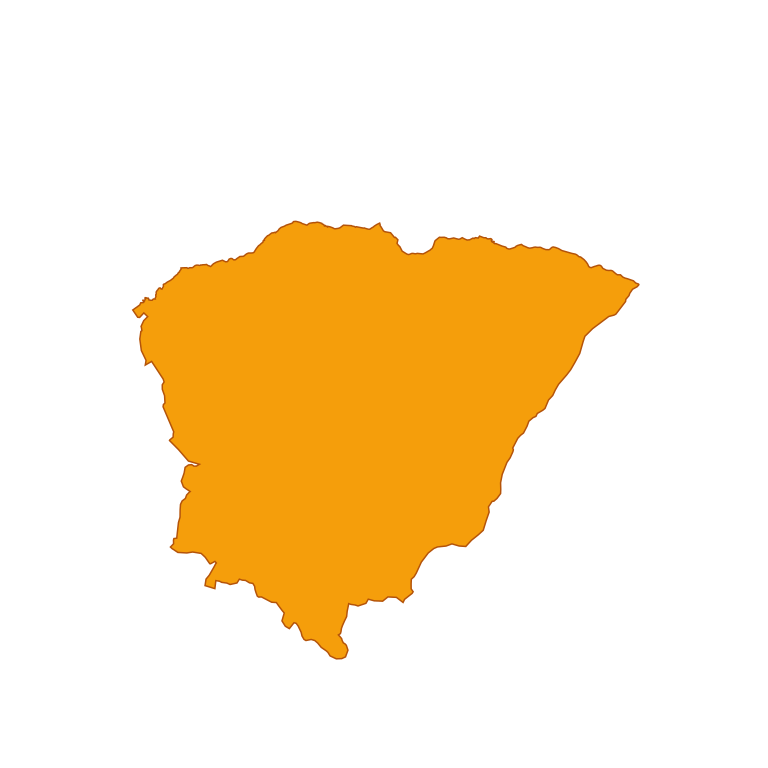 Barbuletu, Dâmbovita, Romania (Mercator projection), rotated 57°
{"feature_id": "2599482B33766415063950", "entity_name": "Barbuletu", "entity_type": "district", "adm_level": 2, "iso_a3": "ROU", "parent_name": "Romania", "parent_adm1": "Dâmbovita", "projection": "mercator", "projection_center": [25.286, 45.144], "detail": "fine", "context": "isolated", "style": "filled", "palette": "amber", "viewbox_px": 768, "rotation_deg": 57, "n_neighbors": 0, "source": "geoboundaries", "source_scale": "gbopen_adm2", "svg_char_len": 6170}
<svg xmlns="http://www.w3.org/2000/svg" viewBox="0 0 768 768"><g transform="rotate(57 384 384)"><path d="M588.5,573.7L591.3,569.0L591.9,564.9L587.6,559.2L582.6,557.9L580.8,558.2L578.9,559.1L576.4,558.8L574.4,558.2L571.8,558.5L569.6,558.9L569.6,556.5L568.3,555.0L565.8,552.8L563.9,550.3L561.1,546.0L558.7,542.0L554.6,538.7L549.0,533.2L550.9,531.7L553.6,528.6L556.0,526.7L558.1,518.6L555.9,514.4L560.5,510.3L565.4,503.4L564.7,496.7L569.7,489.8L577.6,487.0L575.8,484.0L574.9,474.4L574.1,472.7L570.6,472.8L566.2,470.0L562.6,467.4L562.0,463.7L560.2,460.0L553.7,449.7L549.8,438.9L549.1,431.8L549.8,427.8L553.7,420.2L555.1,414.1L560.8,409.2L564.8,403.9L562.7,395.8L561.8,386.9L560.7,380.4L554.3,372.8L548.7,365.6L543.9,363.3L541.3,357.2L542.1,355.7L541.5,351.5L539.4,345.9L536.0,343.5L530.3,340.0L524.2,334.1L516.7,323.6L514.6,318.4L511.0,312.8L509.6,311.3L507.8,310.9L502.4,301.4L501.4,297.5L501.1,293.7L497.3,287.0L494.1,282.8L493.4,277.4L493.9,274.2L492.2,271.5L492.5,265.0L492.2,262.3L487.0,254.7L485.5,248.7L482.3,243.6L479.3,237.7L475.9,225.9L473.7,219.7L469.9,212.2L465.0,203.2L456.8,193.8L453.4,189.5L451.2,178.9L449.8,158.7L451.5,153.6L451.7,151.5L446.4,136.5L444.7,135.1L443.3,130.4L441.8,128.5L439.9,123.9L440.3,118.8L439.7,116.5L439.4,116.1L438.8,116.1L436.4,117.9L433.3,118.6L428.3,122.5L426.3,124.3L424.3,125.5L421.2,126.2L419.5,128.8L417.8,129.5L413.7,130.7L412.4,131.7L411.2,133.7L409.7,135.5L406.2,137.5L403.7,137.5L402.5,137.9L401.5,138.9L400.9,140.4L400.6,141.7L400.0,143.6L399.3,146.8L398.2,147.9L396.9,148.3L394.3,147.9L391.6,148.0L388.6,148.5L384.6,149.9L383.5,151.1L380.6,152.0L379.3,152.8L376.8,155.3L369.0,162.1L365.5,163.9L362.9,165.8L361.2,167.5L360.9,168.5L361.0,170.1L361.3,171.1L361.2,172.5L359.4,175.1L356.7,177.1L354.7,178.2L354.0,179.2L353.0,180.9L351.6,182.5L351.0,183.7L350.5,185.4L349.4,187.9L348.0,189.2L346.2,190.3L343.8,192.0L341.8,192.7L341.5,193.5L340.6,196.4L340.4,198.3L340.6,198.7L340.7,199.5L340.4,201.0L339.3,204.9L338.7,205.9L337.0,207.2L335.6,207.3L335.2,207.6L332.7,209.8L327.3,213.6L326.6,214.7L325.7,215.1L325.1,214.8L324.8,214.2L324.5,214.1L324.0,214.7L324.1,215.8L323.1,216.1L322.0,215.7L322.1,214.9L321.0,214.9L320.2,215.3L319.0,217.7L318.1,218.5L316.8,218.9L315.7,220.6L312.0,223.3L312.9,225.5L311.0,227.7L311.1,229.2L310.1,229.9L309.7,233.7L308.5,235.9L306.3,237.4L303.9,238.7L303.7,241.6L303.2,242.7L299.5,246.0L297.9,250.1L296.8,251.5L295.4,252.1L293.7,253.6L292.1,256.3L291.1,257.6L291.6,262.7L291.8,263.4L295.0,267.3L296.5,269.7L296.5,270.9L296.8,272.1L296.5,277.9L296.2,280.4L292.6,284.9L291.9,286.8L290.2,288.6L289.5,289.9L289.3,291.5L288.7,293.1L287.4,294.1L282.5,296.4L277.5,295.9L275.3,296.4L273.2,296.5L270.6,293.8L267.2,294.5L266.8,295.4L260.7,296.1L256.8,300.3L255.3,301.1L250.7,300.9L249.0,301.0L248.1,300.4L246.7,300.0L246.3,303.3L246.3,306.2L246.5,307.3L246.4,309.0L246.4,311.7L245.6,312.9L242.9,315.2L242.5,315.4L242.0,316.4L237.0,321.6L236.9,322.6L236.2,322.8L235.6,323.2L234.2,324.7L233.6,324.9L228.7,331.5L229.0,335.9L228.6,337.5L227.2,340.5L226.5,341.2L225.1,341.9L222.5,343.9L221.1,345.4L221.5,345.8L219.3,346.9L219.5,347.2L219.0,347.9L217.5,347.7L216.2,348.7L215.5,348.6L213.4,350.3L211.9,351.9L211.0,354.3L210.5,354.8L208.8,358.5L208.6,359.5L208.8,362.1L204.8,365.3L203.6,365.8L202.3,366.8L200.1,368.8L199.3,369.8L198.5,371.5L199.1,373.1L198.8,374.7L197.5,379.5L197.4,381.6L196.6,385.1L196.9,387.5L197.7,389.3L198.0,392.6L197.4,392.7L196.8,394.8L196.3,395.5L196.2,396.4L196.5,399.9L196.2,400.9L196.9,404.0L197.6,405.9L198.4,406.1L198.1,407.3L199.1,408.3L199.4,411.1L199.7,412.3L199.7,413.9L200.9,417.4L202.7,421.2L202.7,422.2L202.3,423.2L201.1,425.2L200.6,425.9L200.3,426.5L200.0,428.5L200.4,432.3L198.6,435.4L198.7,439.4L198.9,440.6L198.7,441.4L197.9,442.5L196.1,443.1L195.3,444.0L194.9,445.8L195.9,448.0L196.0,449.0L195.2,450.3L192.2,452.1L190.5,458.2L190.3,461.5L190.6,463.3L190.9,464.1L191.0,465.5L189.8,466.2L188.6,467.2L187.1,467.7L186.9,468.0L186.6,468.9L185.3,471.0L185.0,472.0L184.4,472.7L184.4,473.5L184.2,474.0L182.9,475.4L182.3,476.3L181.8,477.8L181.9,479.0L182.1,480.4L182.1,481.2L181.6,482.2L180.7,483.5L180.6,483.9L180.4,485.3L180.2,485.6L179.1,486.0L176.9,489.6L176.1,491.1L177.2,491.7L178.2,494.2L178.7,494.7L178.6,495.7L179.5,497.5L179.5,498.9L179.7,500.0L179.8,501.5L180.5,503.0L180.8,506.7L180.5,510.3L180.7,513.0L180.3,514.4L180.5,515.0L182.0,515.8L183.5,518.6L182.5,519.3L181.5,519.4L181.2,520.0L181.1,521.0L181.7,522.0L182.0,523.3L182.8,525.0L184.5,526.0L184.7,526.6L185.1,527.0L186.5,527.7L187.8,529.7L188.0,529.7L187.1,531.2L187.5,532.8L186.7,534.1L185.3,535.4L184.1,534.9L183.5,535.0L183.1,535.8L181.9,536.7L181.5,537.3L181.9,537.7L182.4,537.3L182.6,537.4L183.2,538.7L183.5,539.8L182.4,540.4L182.5,540.7L183.9,540.7L184.2,540.2L184.5,540.8L184.6,541.5L183.4,543.8L184.7,545.8L185.1,554.4L193.9,554.2L195.1,552.7L193.6,546.7L198.8,545.5L200.0,551.0L203.4,556.4L204.5,556.7L207.4,558.0L207.5,559.3L213.3,564.3L223.8,569.3L234.6,570.7L238.1,573.9L238.5,566.6L259.5,566.5L262.5,567.3L263.9,570.4L267.7,572.8L274.3,574.4L280.6,578.0L281.1,580.2L282.8,581.7L309.6,586.4L310.9,587.8L313.7,589.8L314.2,594.1L314.6,594.7L326.9,592.1L342.1,590.0L350.8,582.5L350.7,586.0L349.4,588.1L346.9,589.2L345.4,592.1L345.6,596.2L349.8,600.1L352.5,603.5L355.0,606.9L361.0,608.2L364.0,607.1L368.6,605.1L368.8,606.7L369.6,610.0L371.8,612.9L372.1,616.9L374.1,620.2L378.2,623.3L384.6,627.6L388.2,631.8L400.4,641.8L399.2,644.4L400.3,645.6L403.4,647.5L404.4,651.9L406.6,651.4L413.0,648.6L418.3,641.4L420.7,636.0L426.5,629.6L431.9,628.3L439.8,628.0L440.3,627.4L440.7,622.4L442.8,622.1L443.1,623.1L444.8,626.1L449.2,634.7L450.7,639.5L455.6,643.9L463.5,637.3L457.3,632.1L459.9,629.3L461.9,628.2L465.4,624.2L468.3,622.3L470.8,615.7L468.9,611.6L471.3,609.7L473.3,607.1L477.5,605.1L479.8,602.6L483.2,602.7L485.9,604.0L489.0,604.9L492.9,605.8L494.4,605.2L495.9,602.7L505.8,597.1L508.7,593.3L512.1,593.2L518.3,592.8L521.7,592.4L527.1,598.6L533.4,598.7L537.6,596.6L535.2,589.5L536.9,588.0L540.1,587.8L547.0,588.7L550.7,590.0L554.6,590.2L556.6,589.2L558.6,584.2L561.4,581.8L565.1,580.7L570.7,580.1L576.5,577.7L578.6,577.2L582.7,577.3L588.5,573.7Z" fill="#f59e0b" stroke="#b45309" stroke-width="1.5"/></g></svg>